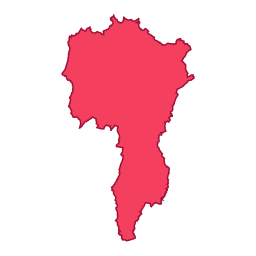 the district of Bangli, Bali, Indonesia
{"feature_id": "22746128B25936754669599", "entity_name": "Bangli", "entity_type": "district", "adm_level": 2, "iso_a3": "IDN", "parent_name": "Indonesia", "parent_adm1": "Bali", "projection": "mercator", "projection_center": [115.362, -8.333], "detail": "fine", "context": "isolated", "style": "filled", "palette": "rose", "viewbox_px": 256, "rotation_deg": 0, "n_neighbors": 0, "source": "geoboundaries", "source_scale": "gbopen_adm2", "svg_char_len": 5807}
<svg xmlns="http://www.w3.org/2000/svg" viewBox="0 0 256 256"><path d="M73.1,117.1L74.7,117.3L76.3,116.6L77.0,117.4L77.8,117.4L78.4,118.9L80.0,119.9L80.8,123.1L79.6,127.9L80.7,127.5L81.2,126.5L82.1,125.9L82.3,125.1L83.7,123.8L84.7,121.9L86.5,121.5L87.6,120.4L88.4,120.3L89.1,119.4L91.0,118.6L92.3,117.0L96.2,118.9L96.0,120.1L96.6,122.4L96.3,123.6L98.2,125.2L96.9,127.6L101.5,128.8L103.8,128.9L104.3,127.2L106.3,125.0L108.2,125.9L110.4,126.0L110.0,127.3L111.0,128.6L110.8,130.1L111.3,130.1L111.8,128.9L113.5,127.5L114.6,126.0L114.6,125.3L118.1,126.7L117.4,128.5L117.4,131.2L119.5,135.4L119.5,138.1L119.0,138.4L118.8,139.4L119.3,140.8L118.8,141.0L119.1,142.7L116.4,145.3L116.5,146.5L122.8,147.6L122.5,152.0L120.9,154.2L121.7,155.6L123.1,155.6L122.9,158.5L122.2,161.0L120.7,164.4L120.4,165.5L120.6,166.2L119.9,166.9L119.9,167.8L119.2,169.4L119.8,172.5L119.2,172.8L119.6,173.6L119.4,175.7L118.5,176.3L118.2,178.0L117.3,178.8L117.4,179.8L116.8,179.9L116.3,181.4L115.0,183.0L114.8,184.2L113.4,185.4L112.7,187.0L111.6,187.2L112.2,188.4L111.8,189.0L112.5,189.9L112.1,190.5L113.6,191.0L113.5,193.6L115.4,196.5L115.9,198.0L115.1,200.2L116.1,201.0L116.4,203.5L116.2,203.6L116.9,204.0L117.4,205.6L116.9,207.2L116.0,207.8L116.1,209.2L116.8,210.2L117.6,212.7L117.3,215.0L117.7,215.3L117.7,217.0L117.2,218.6L115.6,220.6L116.9,221.6L117.4,222.6L117.5,225.1L118.2,225.6L119.0,228.9L118.6,229.5L118.8,230.7L120.0,230.9L120.4,231.6L118.8,232.1L118.5,233.7L120.0,235.1L121.8,235.3L121.5,236.6L121.9,237.3L121.6,238.6L122.4,239.1L122.6,239.9L124.9,239.7L126.1,240.6L127.6,240.6L135.0,238.3L135.2,237.5L134.9,236.0L134.4,235.1L133.6,234.6L134.0,233.8L132.7,232.7L133.4,230.9L133.0,230.5L134.2,229.9L134.5,229.1L134.0,228.6L134.7,228.1L134.2,225.9L135.1,223.6L135.2,222.0L136.2,220.8L137.1,220.9L137.9,219.5L138.5,219.3L138.5,216.5L139.3,216.5L139.5,215.8L140.8,214.6L140.9,213.7L141.5,213.8L141.2,212.3L140.1,211.5L140.7,211.4L141.6,210.2L141.9,209.0L142.6,208.6L143.1,206.8L143.8,206.6L145.1,203.4L145.8,202.7L150.2,203.5L150.7,206.2L151.3,206.7L153.9,203.5L154.6,203.5L155.3,202.5L159.4,204.0L160.6,204.1L161.3,203.8L160.7,202.9L161.5,202.1L161.1,200.3L161.4,200.1L161.3,199.4L162.3,199.7L161.4,198.7L162.1,198.6L161.8,197.7L163.0,197.9L162.9,197.0L164.4,196.8L164.6,195.5L165.4,194.7L164.7,194.0L165.7,192.6L166.4,192.6L166.4,192.0L166.0,191.7L166.5,191.3L166.5,190.7L167.3,190.1L167.3,189.6L166.6,189.5L166.1,188.7L167.0,188.6L167.3,187.6L168.1,187.4L168.0,185.0L167.2,184.5L167.8,183.3L168.4,183.1L167.9,181.2L168.4,179.8L167.7,179.4L167.5,177.9L168.0,175.0L168.8,174.0L168.6,173.2L169.1,172.4L168.6,171.8L168.8,170.6L169.4,169.4L168.7,167.5L167.6,166.8L166.9,167.0L166.9,166.4L164.9,164.8L164.0,159.9L164.5,158.5L161.8,156.0L161.7,155.3L162.4,153.9L159.6,150.3L158.7,147.7L158.0,147.1L157.2,144.9L157.8,143.5L157.3,142.4L159.1,141.4L158.8,140.7L159.0,139.2L158.4,138.4L159.0,137.4L158.9,134.8L161.6,135.0L161.7,133.8L160.9,132.7L163.0,132.7L164.0,131.8L165.8,131.1L165.0,129.1L165.2,127.6L164.7,126.4L165.3,123.5L164.9,122.1L166.3,122.0L167.5,121.2L168.8,122.0L169.0,121.2L170.2,120.1L169.7,119.2L169.7,118.3L169.3,118.6L168.9,118.3L169.3,117.2L170.4,116.2L171.2,116.3L171.2,115.9L172.2,116.2L172.4,115.4L171.1,114.3L171.5,113.6L170.4,112.9L170.7,112.5L170.7,111.7L171.9,111.1L172.7,110.0L172.7,106.7L172.4,105.7L173.5,105.1L173.5,104.5L174.3,103.7L174.1,103.1L175.8,98.4L178.0,94.7L177.1,93.3L176.2,93.1L177.1,89.4L183.0,86.3L185.2,83.8L186.5,83.0L187.8,81.4L187.9,80.7L191.2,80.1L193.9,78.1L193.3,77.6L193.8,76.8L193.3,76.7L193.0,74.9L191.5,75.0L189.6,76.2L187.6,77.0L187.1,74.9L187.9,73.3L185.6,69.7L185.7,65.0L182.4,61.2L181.5,60.9L183.2,58.8L183.5,57.6L184.8,56.8L186.8,52.4L187.6,51.9L188.7,50.6L190.3,50.0L190.9,49.4L189.9,46.5L189.2,45.6L187.9,45.2L187.5,43.7L185.7,43.7L185.1,44.2L185.0,43.6L183.7,42.9L184.0,41.3L183.3,41.1L182.8,41.3L182.6,40.7L180.8,40.0L180.2,40.2L180.6,38.9L180.0,38.6L178.4,39.4L177.9,39.3L176.6,40.4L176.6,41.1L176.0,42.0L176.3,42.9L175.6,44.0L174.0,43.8L173.3,44.5L172.6,44.0L167.6,43.3L165.0,45.2L162.9,44.7L162.4,45.1L160.9,43.1L159.7,42.9L159.6,42.3L158.7,42.4L158.2,41.5L154.8,39.9L154.0,39.0L154.4,37.3L152.3,36.4L152.0,35.6L147.8,33.3L147.5,32.7L148.6,31.3L146.5,29.3L145.2,28.6L143.8,30.3L143.1,30.0L142.3,30.3L141.1,29.8L141.0,28.8L139.5,28.0L138.9,26.7L138.7,23.9L139.7,22.8L139.7,22.2L139.3,21.8L137.3,22.8L136.7,22.7L137.9,21.9L138.4,20.9L138.8,19.3L138.6,18.6L135.2,21.0L132.8,21.1L131.5,19.6L128.4,20.1L127.7,19.9L124.9,18.4L123.9,17.3L123.5,18.4L123.8,19.9L123.2,20.5L123.3,21.3L121.6,22.9L120.0,23.0L119.8,22.2L118.7,22.3L117.9,21.9L117.2,19.9L116.2,19.4L114.2,17.0L113.7,15.4L112.8,16.9L112.2,16.9L110.5,18.1L111.1,18.7L110.6,19.7L111.1,20.3L111.9,20.1L111.9,20.9L112.7,21.4L113.1,22.7L112.9,23.6L111.2,25.7L110.7,25.4L109.8,26.1L109.3,27.7L108.4,29.0L103.8,30.9L103.2,31.5L103.7,32.4L103.3,33.7L103.7,34.6L102.1,34.4L100.8,32.9L98.5,32.4L97.6,31.7L97.1,31.7L95.9,32.7L95.1,32.7L94.6,33.2L92.5,32.7L90.3,30.5L90.9,29.2L90.1,28.1L89.9,27.1L88.7,28.1L88.3,27.9L87.5,28.3L86.3,29.5L86.1,30.8L84.9,31.3L84.1,30.4L82.1,29.9L82.0,29.1L81.3,28.4L78.2,33.5L76.5,33.4L75.8,34.3L76.2,34.6L74.6,35.6L72.9,35.9L71.8,35.0L70.8,36.3L70.8,37.4L69.6,36.4L69.1,38.4L69.3,39.8L68.9,41.0L68.1,41.7L68.4,42.1L68.1,43.2L68.5,45.0L69.7,47.2L69.8,48.8L69.7,50.1L68.9,51.6L69.0,52.9L68.5,53.9L68.6,56.5L68.0,57.8L68.2,59.4L65.1,69.6L62.1,73.5L62.3,74.6L62.7,75.0L63.7,75.1L64.7,76.1L64.9,75.8L66.0,75.9L67.0,79.1L67.8,80.2L69.3,80.0L69.5,80.6L70.8,80.9L70.8,81.9L71.3,82.4L72.2,82.7L72.6,86.0L73.2,87.2L72.6,89.5L72.8,91.6L71.5,93.2L71.6,93.8L70.3,97.2L69.7,97.3L69.6,98.0L70.3,98.6L70.4,101.2L70.0,102.0L70.1,103.2L69.5,103.5L69.4,105.4L68.7,105.8L68.7,106.6L70.0,107.6L70.2,108.4L71.2,109.8L71.6,111.5L70.9,113.5L71.8,114.1L73.1,117.1Z" fill="#f43f5e" stroke="#9f1239" stroke-width="1.5"/></svg>